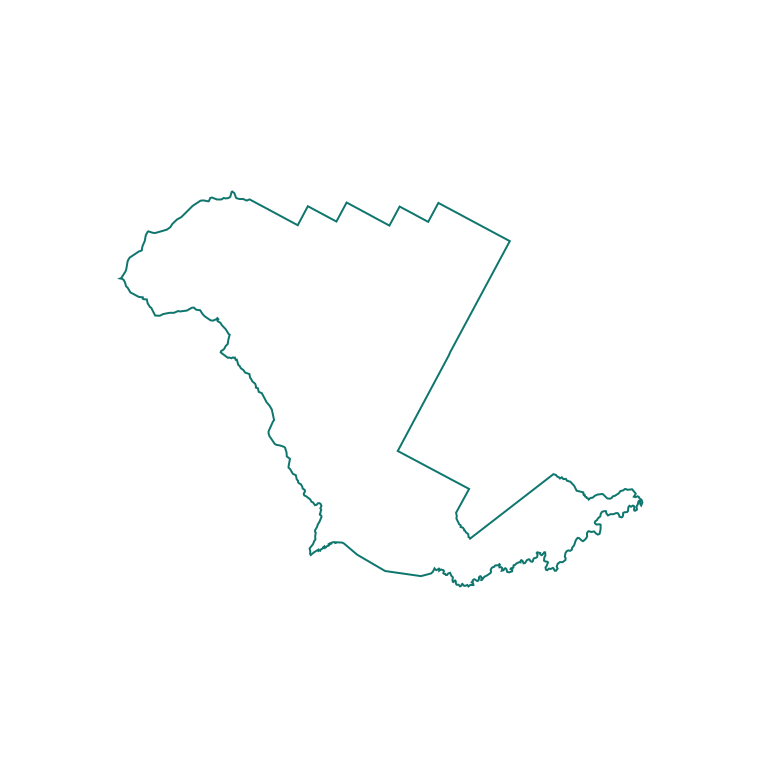 the district of Urumita, La Guajira, Colombia, rotated 208°
{"feature_id": "7082276B37330638753990", "entity_name": "Urumita", "entity_type": "district", "adm_level": 2, "iso_a3": "COL", "parent_name": "Colombia", "parent_adm1": "La Guajira", "projection": "equal_earth", "projection_center": [-73.039, 10.495], "detail": "fine", "context": "isolated", "style": "outline", "palette": "teal", "viewbox_px": 768, "rotation_deg": 208, "n_neighbors": 0, "source": "geoboundaries", "source_scale": "gbopen_adm2", "svg_char_len": 6165}
<svg xmlns="http://www.w3.org/2000/svg" viewBox="0 0 768 768"><g transform="rotate(208 384 384)"><path d="M589.3,483.9L591.4,481.5L595.4,481.2L598.1,479.6L600.9,478.9L602.1,479.0L605.8,482.3L608.4,482.7L608.7,482.0L607.6,477.1L608.7,475.1L611.1,473.4L612.8,473.1L614.1,470.7L618.1,468.5L623.3,467.9L624.7,466.8L624.5,463.2L624.9,462.8L629.5,461.4L632.1,459.7L636.6,451.4L641.3,436.2L644.0,432.1L646.0,426.0L646.3,422.1L648.2,418.3L656.8,410.0L659.0,409.0L663.8,408.1L664.1,407.6L664.2,403.7L662.4,398.0L661.9,392.1L660.6,388.1L662.7,385.9L667.9,376.2L668.1,373.0L667.8,371.4L665.4,364.2L665.1,362.0L665.7,354.4L666.5,353.3L664.5,353.9L662.8,353.7L660.4,352.1L657.6,349.2L655.6,348.7L650.9,345.8L641.3,345.8L637.6,347.3L637.0,346.0L636.2,346.0L633.1,347.3L630.5,344.2L626.7,342.1L625.3,342.0L618.2,337.0L614.0,339.0L611.8,342.1L606.6,346.3L602.9,348.2L600.1,351.7L598.0,352.4L592.5,356.3L589.4,361.2L587.7,362.2L584.7,361.4L580.9,362.8L577.3,360.7L574.1,359.6L567.2,358.8L564.8,359.6L562.2,362.8L562.1,363.9L560.7,363.5L560.8,361.8L560.3,361.3L557.4,361.3L554.5,359.7L549.6,358.1L544.5,355.1L543.4,355.1L542.1,349.6L540.8,346.0L541.6,343.1L541.6,340.2L542.0,338.8L543.3,336.6L543.0,335.2L534.1,333.8L533.2,334.7L530.8,335.1L529.9,336.5L528.6,336.7L528.1,337.3L526.3,335.7L525.4,336.4L521.5,332.4L519.9,332.1L517.8,330.7L514.7,330.3L511.9,328.9L507.5,329.6L505.1,326.6L503.8,326.2L501.7,324.6L497.8,323.7L495.8,321.7L495.5,320.7L493.3,321.0L491.0,318.3L487.5,318.5L479.0,312.7L475.0,311.2L471.0,308.7L464.1,300.5L464.4,298.6L463.7,288.1L462.9,286.4L460.7,284.2L452.3,279.8L450.2,279.8L447.0,280.9L442.7,281.6L441.5,281.3L438.0,277.9L435.8,274.4L431.9,273.8L429.5,266.2L428.9,265.3L427.0,264.8L422.3,261.9L419.1,262.1L416.2,258.8L414.4,258.1L413.8,257.0L412.4,256.4L410.5,256.5L408.2,255.2L406.7,253.5L404.4,253.3L403.3,252.0L403.4,249.5L402.2,248.2L400.0,248.3L395.1,247.5L392.7,246.0L391.1,246.1L388.0,244.6L386.8,245.8L386.3,247.7L385.4,248.4L383.8,248.4L382.0,247.0L381.8,244.3L380.4,243.5L379.9,240.9L379.5,240.4L379.7,239.6L379.3,238.5L377.6,238.3L376.8,237.3L376.3,232.4L376.5,229.0L376.0,226.0L376.2,222.6L375.7,221.4L374.5,220.7L373.3,217.3L371.5,214.3L371.9,213.1L371.5,209.2L372.5,203.9L370.3,201.3L369.6,199.4L368.4,198.6L366.7,202.7L364.2,206.9L363.4,205.9L362.6,207.0L362.1,207.0L362.3,207.9L360.7,210.4L361.1,211.0L360.8,211.8L360.6,212.2L360.2,211.4L359.7,211.4L359.8,211.9L359.5,212.3L359.2,212.0L359.1,212.9L358.9,212.4L358.6,212.6L358.8,213.2L356.9,215.5L357.8,216.5L357.1,217.7L356.4,217.2L355.6,218.3L356.0,218.8L355.8,219.3L354.3,220.7L352.7,221.4L352.3,220.8L351.8,221.2L351.9,221.8L346.6,224.3L344.6,224.4L327.5,220.7L295.2,219.4L261.2,231.7L253.6,238.7L252.7,241.2L252.8,244.9L251.1,244.2L250.1,244.4L248.8,246.8L248.3,246.6L247.6,245.1L246.5,247.0L244.0,247.5L243.2,246.8L242.8,244.8L241.6,244.6L240.8,245.1L239.7,244.4L238.6,245.1L238.4,246.9L237.0,248.3L234.5,246.3L232.4,245.6L231.4,242.8L230.4,241.7L229.8,241.7L229.3,243.5L228.8,244.0L228.1,243.6L226.8,241.5L225.6,240.9L223.9,241.8L221.9,241.0L221.0,242.2L221.3,243.6L221.0,244.3L218.4,243.4L217.1,244.3L216.1,245.7L214.4,244.9L213.5,247.0L210.7,248.5L211.5,249.5L212.2,249.6L212.6,250.7L213.4,250.3L213.2,253.4L212.3,254.1L209.2,253.8L208.4,254.6L208.6,256.6L209.4,257.9L209.1,259.1L208.5,259.6L207.1,259.0L206.1,256.6L205.6,256.9L204.9,260.9L203.3,263.1L201.2,267.1L201.3,268.4L202.5,269.9L202.6,271.6L202.2,273.0L201.0,274.1L200.6,276.0L198.2,277.5L197.5,279.1L196.8,278.8L196.6,277.1L196.0,276.3L194.4,277.3L193.5,277.1L192.8,276.3L192.4,274.4L191.1,275.6L190.8,277.8L190.3,278.3L189.0,278.0L186.9,275.9L184.8,276.6L182.9,278.9L183.5,280.1L185.4,280.1L185.2,281.1L183.6,282.4L183.7,283.3L184.3,283.9L184.4,284.9L183.4,285.8L182.7,287.9L180.8,290.3L179.7,290.6L180.3,292.2L180.1,292.9L178.7,292.9L176.6,291.2L175.4,292.2L175.2,295.2L174.2,296.9L173.3,297.4L171.2,296.3L169.7,296.6L169.4,297.6L169.9,299.4L169.8,300.5L167.9,302.3L167.6,303.3L168.4,305.6L169.8,306.4L169.6,307.4L166.7,308.1L166.2,307.1L164.5,306.8L164.0,307.5L163.5,310.7L162.7,311.0L161.0,308.4L161.0,306.0L159.8,303.2L158.4,303.0L156.2,303.8L155.4,303.3L155.0,299.5L155.3,297.9L153.9,296.1L152.5,296.2L151.7,298.4L150.0,298.9L148.6,300.9L148.0,300.9L145.6,299.3L144.5,299.8L144.0,302.4L145.8,303.9L146.2,306.8L145.1,309.3L142.6,310.6L141.2,313.7L141.9,315.6L143.3,316.4L144.4,319.9L144.2,322.2L143.1,323.6L141.3,324.1L140.4,325.9L141.0,327.9L140.4,330.8L141.3,335.9L141.0,338.4L140.6,339.2L139.3,339.5L136.3,338.7L134.6,338.6L134.3,339.0L133.3,341.4L133.0,343.4L133.1,344.8L134.7,347.4L134.7,349.1L134.1,350.2L131.6,350.6L129.3,352.4L126.4,351.5L124.4,351.5L123.3,352.9L124.5,357.2L126.6,361.4L127.5,361.5L130.6,359.6L132.3,360.1L132.9,360.7L133.0,362.0L132.1,363.7L132.0,365.8L130.9,368.6L131.7,371.3L131.5,373.4L130.2,374.9L128.4,375.9L126.7,374.0L124.5,373.1L123.0,375.3L120.4,376.7L118.5,378.9L117.0,379.7L114.9,378.7L113.7,377.3L111.6,377.8L111.1,378.5L111.2,380.2L112.3,382.3L111.6,383.5L109.2,385.1L109.0,386.4L110.4,390.0L110.1,391.7L108.3,391.6L107.2,393.4L106.2,393.6L105.2,392.9L104.1,390.2L103.5,389.8L102.7,390.0L101.7,391.9L103.5,394.2L103.4,396.6L104.2,400.1L103.7,400.8L103.1,400.8L101.4,398.3L99.9,397.5L100.2,400.7L102.2,402.6L104.8,403.0L105.8,403.8L107.4,403.9L108.8,402.2L110.5,401.8L110.2,404.6L110.4,405.5L115.5,407.5L119.5,404.8L121.1,404.8L122.0,404.3L122.9,402.3L125.0,400.5L125.4,397.6L127.8,393.5L129.3,392.1L129.5,390.3L130.6,388.8L133.2,387.8L139.0,389.5L139.7,389.3L143.7,386.5L145.4,384.2L146.4,381.6L148.2,380.3L149.0,378.1L150.0,378.7L151.4,378.5L152.2,379.2L153.5,379.0L154.3,379.9L155.1,379.7L155.2,380.5L156.4,380.5L157.2,381.9L163.8,380.2L168.3,383.4L173.6,385.2L177.1,384.5L178.9,385.6L181.0,384.2L183.2,385.1L184.3,383.2L185.4,383.7L187.6,383.6L189.6,384.4L192.1,383.9L235.4,287.9L236.2,288.5L237.4,288.5L239.2,291.0L242.1,291.5L243.5,292.5L244.5,292.4L245.0,293.2L246.9,294.2L249.2,293.7L249.9,295.2L251.8,295.5L256.9,299.2L257.8,301.7L259.9,304.1L259.6,331.3L340.4,331.3L340.2,440.1L340.5,442.9L340.0,569.2L421.0,569.4L421.1,547.9L453.5,548.0L453.6,526.4L502.2,526.7L502.3,505.1L534.7,505.2L534.7,483.7L589.3,483.9Z" fill="none" stroke="#0f766e" stroke-width="2"/></g></svg>